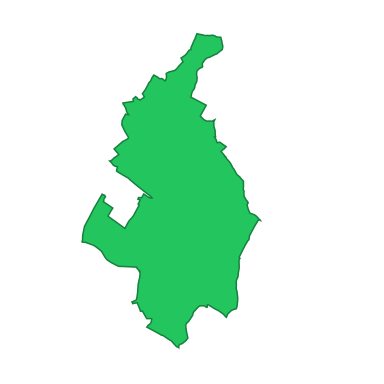 the district of Viisoara, Bihor, Romania, rotated 230°
{"feature_id": "2599482B21009724792722", "entity_name": "Viisoara", "entity_type": "district", "adm_level": 2, "iso_a3": "ROU", "parent_name": "Romania", "parent_adm1": "Bihor", "projection": "robinson", "projection_center": [22.454, 47.387], "detail": "fine", "context": "isolated", "style": "filled", "palette": "green", "viewbox_px": 384, "rotation_deg": 230, "n_neighbors": 0, "source": "geoboundaries", "source_scale": "gbopen_adm2", "svg_char_len": 5995}
<svg xmlns="http://www.w3.org/2000/svg" viewBox="0 0 384 384"><g transform="rotate(230 192 192)"><path d="M310.1,297.5L307.3,292.4L306.4,290.2L304.9,287.4L303.4,284.3L302.9,283.6L301.9,282.9L302.5,280.6L301.8,278.2L301.4,276.8L301.2,274.5L301.3,273.1L301.7,269.7L300.1,269.4L297.4,268.7L297.4,267.1L296.9,262.3L296.3,260.2L296.2,257.1L297.6,253.9L298.7,251.7L299.4,248.5L298.1,247.5L296.6,246.5L296.2,246.1L295.4,245.2L295.0,244.4L294.6,243.6L294.4,243.1L294.6,242.6L296.5,242.4L298.4,241.8L299.5,240.0L302.1,239.5L304.2,238.7L306.2,237.9L305.0,234.2L304.3,232.9L303.7,231.8L303.5,230.4L303.4,229.1L302.4,227.0L301.3,224.3L300.4,222.0L299.2,217.2L297.9,217.1L296.3,216.7L295.3,216.5L295.3,216.4L295.8,211.4L296.6,211.3L297.1,210.7L297.5,210.3L298.0,210.3L299.5,210.4L301.3,210.1L301.2,208.2L301.4,206.8L299.1,205.3L304.6,196.3L303.7,195.8L302.0,195.7L299.9,195.4L298.4,194.9L295.3,193.5L292.0,193.1L293.2,192.0L294.4,191.2L292.7,186.9L291.6,184.4L288.6,181.4L281.8,179.6L277.9,179.0L274.7,178.5L274.1,177.3L274.3,175.3L275.2,171.5L275.1,160.0L267.7,160.0L267.7,159.4L267.8,158.4L267.8,158.1L267.9,157.5L267.9,156.8L267.9,156.2L268.0,155.8L268.1,155.2L268.2,154.3L268.2,153.9L268.1,153.0L268.0,152.5L268.0,151.1L268.1,150.3L268.3,149.5L268.5,149.2L268.7,148.8L266.2,149.2L265.4,149.1L264.6,149.0L264.0,149.0L263.1,149.0L262.6,149.1L261.9,149.3L261.4,149.6L260.6,150.2L259.3,151.1L257.2,148.4L256.6,147.6L255.5,147.9L253.4,148.6L251.5,149.3L249.6,149.9L248.1,150.5L246.8,150.9L245.5,151.4L244.0,152.0L242.9,152.2L240.9,152.4L239.3,152.7L235.0,153.4L233.2,153.8L231.9,154.0L230.4,154.3L227.1,155.0L225.3,155.4L223.2,155.8L221.6,156.2L220.4,156.4L219.2,156.7L218.0,157.0L215.8,157.4L214.9,157.5L214.4,157.5L214.0,157.6L213.5,157.7L213.1,157.6L213.8,156.7L214.7,155.9L217.1,155.0L221.5,153.8L220.7,151.6L220.0,149.8L221.0,148.7L222.1,147.5L221.8,147.2L221.6,146.7L221.4,146.2L221.3,145.9L220.9,146.0L220.3,146.5L219.5,147.1L219.2,147.2L218.1,144.7L217.6,143.2L217.3,142.9L216.9,142.8L215.9,143.1L213.6,137.2L211.3,131.5L210.8,128.4L210.5,125.8L209.9,124.0L209.2,121.9L208.5,120.4L207.2,117.2L217.2,114.7L227.4,112.1L227.9,113.0L228.1,113.6L228.2,114.1L228.6,115.1L229.4,117.2L230.0,119.2L230.6,121.0L235.1,119.7L241.6,117.9L241.8,118.2L242.1,118.9L242.7,119.5L243.2,120.0L243.5,120.6L243.7,121.5L243.8,122.6L244.2,122.7L244.9,122.9L245.9,122.8L246.4,122.7L246.7,122.4L247.1,121.9L248.1,121.8L242.3,105.7L239.7,99.7L234.8,87.6L230.6,82.3L229.3,80.7L226.9,78.4L225.7,77.4L225.0,76.4L224.5,75.7L223.7,76.2L222.7,77.1L222.2,77.9L220.7,78.7L215.6,81.7L213.8,82.6L207.8,84.1L205.2,84.5L204.3,84.5L200.8,83.9L198.2,83.5L196.6,83.4L195.3,83.3L193.0,83.8L189.2,85.0L184.4,87.0L182.0,88.2L177.9,92.8L170.0,101.3L169.3,100.9L168.1,100.8L166.4,101.0L164.9,101.3L164.9,101.0L165.1,100.6L164.1,100.4L163.3,100.1L162.7,99.7L162.0,98.9L161.2,98.1L160.2,97.0L159.0,95.4L158.0,94.1L157.0,92.9L156.0,91.5L152.6,88.3L149.4,85.1L146.3,81.7L145.4,80.3L145.2,79.1L146.4,75.3L145.6,75.2L144.6,74.8L144.0,76.0L142.4,78.8L138.2,77.5L133.8,75.9L132.6,77.5L126.8,76.4L124.0,76.0L120.9,79.7L120.4,79.4L119.3,77.9L118.6,77.0L118.1,76.1L117.9,74.7L118.1,72.5L117.5,70.5L105.2,75.5L102.3,76.4L100.6,77.6L97.5,78.5L94.8,79.2L91.4,80.4L90.3,80.5L88.2,80.5L84.1,80.7L83.3,80.8L83.1,80.9L81.8,81.7L81.5,81.9L81.4,81.9L82.7,83.1L83.0,84.1L83.0,85.2L82.2,86.6L82.0,91.6L82.8,95.0L87.8,97.6L92.4,100.4L94.1,101.8L94.9,103.0L95.0,106.1L97.0,113.0L98.9,115.6L99.9,122.6L99.8,124.6L98.9,125.8L96.9,128.3L95.3,128.6L94.3,129.0L94.0,129.4L94.0,129.9L94.8,130.4L95.6,131.0L95.5,131.6L94.8,132.1L88.0,134.3L84.5,135.9L78.5,137.5L74.6,137.6L73.9,137.8L75.6,140.9L75.9,146.0L75.1,148.8L74.1,150.8L75.2,152.7L78.8,156.5L81.1,158.7L87.0,162.6L89.2,163.5L90.0,164.1L90.3,164.1L90.5,164.5L91.0,165.1L93.2,167.0L94.3,167.7L95.5,168.9L96.1,169.9L96.9,171.3L97.1,172.1L97.6,172.8L98.3,173.6L100.8,176.1L102.4,178.1L103.8,179.6L105.4,180.9L108.6,183.4L109.9,184.7L110.3,186.1L111.7,186.2L114.5,192.5L117.1,198.7L118.9,203.9L118.8,204.9L121.4,207.8L123.5,212.8L125.7,218.4L127.1,222.6L127.7,223.9L127.6,225.0L127.5,225.6L126.9,226.0L126.2,226.2L126.4,226.3L127.6,225.9L130.3,225.9L132.8,225.7L134.8,225.0L138.6,222.8L140.1,223.2L142.9,224.1L146.4,225.7L147.0,226.4L147.6,227.5L147.4,227.7L147.6,227.9L148.1,228.3L149.1,228.4L151.3,228.4L154.9,229.1L156.3,229.8L159.5,232.6L161.0,232.8L163.1,235.0L167.3,238.4L168.2,238.4L168.8,238.3L170.5,238.2L172.9,238.3L174.9,237.9L176.4,237.7L177.3,237.7L178.9,238.1L182.6,238.8L184.0,238.8L189.4,240.0L193.0,240.1L194.1,239.9L195.2,239.9L197.6,240.5L197.7,240.0L200.5,240.4L204.3,240.3L204.6,242.7L204.3,244.3L204.6,245.7L204.7,247.3L212.4,245.3L212.7,244.4L213.1,244.1L213.4,243.4L213.4,243.2L214.1,243.0L215.0,243.3L215.5,243.8L216.6,244.1L219.8,244.6L219.1,245.6L221.1,246.7L224.2,249.2L228.6,251.2L230.1,252.6L231.6,253.5L232.2,254.9L232.7,255.9L233.3,253.0L235.2,250.9L235.6,250.5L236.6,249.0L239.7,247.6L244.9,247.2L249.3,258.7L265.5,252.1L265.8,252.4L266.3,253.4L267.9,255.4L268.2,255.9L268.5,256.4L268.9,257.1L269.1,258.1L269.4,258.9L269.4,259.5L269.7,260.2L270.3,261.2L270.5,261.5L271.2,262.2L272.1,263.3L272.7,264.5L272.8,265.1L273.2,265.9L273.6,266.7L274.2,267.3L275.3,268.4L276.1,269.4L276.6,269.6L278.2,270.5L279.0,271.0L279.6,271.5L280.4,272.3L280.8,272.8L281.4,273.4L281.8,274.4L281.7,275.4L281.7,275.8L281.8,276.2L281.8,277.0L281.7,277.3L281.7,277.6L281.7,277.8L281.7,278.3L281.6,278.7L281.5,278.8L281.4,279.0L281.0,279.6L281.1,280.5L281.7,281.2L282.7,281.5L283.3,282.1L284.1,283.1L284.4,283.7L284.3,283.9L284.2,284.2L284.8,285.9L285.0,286.5L285.0,289.7L283.7,292.7L283.7,293.3L282.9,296.3L282.5,297.8L282.5,298.6L281.8,299.7L281.9,300.4L281.8,303.0L281.8,304.1L281.6,306.4L282.1,307.3L283.3,308.8L285.1,310.0L286.6,310.6L288.0,311.6L292.1,313.5L293.1,312.3L294.0,311.4L295.1,310.5L296.3,310.1L297.5,309.6L298.8,308.6L299.3,308.0L299.7,307.3L300.7,305.9L302.1,304.4L302.8,303.6L303.2,302.8L303.6,302.3L304.8,301.7L308.4,298.8L310.1,297.5Z" fill="#22c55e" stroke="#15803d" stroke-width="1.5"/></g></svg>